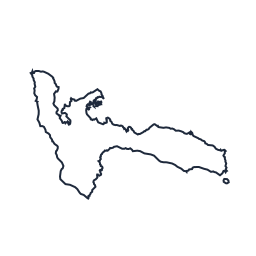 Dompu, Nusa Tenggara Barat, Indonesia (Natural Earth projection), rotated 158°
{"feature_id": "22746128B31420255543838", "entity_name": "Dompu", "entity_type": "district", "adm_level": 2, "iso_a3": "IDN", "parent_name": "Indonesia", "parent_adm1": "Nusa Tenggara Barat", "projection": "natural_earth1", "projection_center": [118.191, -8.494], "detail": "fine", "context": "isolated", "style": "outline", "palette": "slate", "viewbox_px": 256, "rotation_deg": 158, "n_neighbors": 0, "source": "geoboundaries", "source_scale": "gbopen_adm2", "svg_char_len": 5955}
<svg xmlns="http://www.w3.org/2000/svg" viewBox="0 0 256 256"><g transform="rotate(158 128 128)"><path d="M191.3,77.5L190.7,78.0L190.7,78.9L190.1,79.8L189.1,79.5L188.7,80.3L187.8,80.7L187.0,81.7L185.1,82.3L184.4,83.9L180.2,85.7L180.0,87.5L180.5,88.7L180.2,89.9L180.4,90.7L179.8,91.7L178.7,92.4L177.4,92.4L175.4,93.3L174.8,93.8L174.5,95.4L174.0,96.4L173.4,96.2L173.4,95.7L172.4,94.5L170.5,94.8L170.1,95.5L170.3,97.1L169.9,98.3L170.2,99.0L169.7,99.5L168.8,99.4L167.7,98.1L168.0,99.5L166.6,100.4L166.4,101.2L166.5,102.0L167.5,102.9L167.1,103.9L167.6,104.7L167.2,105.5L167.1,106.9L167.7,108.3L166.3,108.3L165.2,109.6L164.8,109.6L164.8,111.3L163.9,111.6L163.8,112.3L162.9,113.4L161.9,113.6L161.6,114.1L159.8,115.0L158.8,115.1L158.0,115.8L156.9,115.1L156.1,115.3L155.4,114.6L152.7,115.6L152.1,116.2L150.8,115.5L148.9,115.4L148.1,115.8L145.0,115.2L141.2,111.0L139.1,110.1L137.7,110.2L136.8,109.0L135.3,108.3L133.5,108.3L132.4,106.2L132.2,104.7L127.9,103.5L125.4,102.0L122.3,98.3L116.8,95.0L114.2,92.6L111.4,86.1L110.3,84.5L108.0,83.0L105.0,81.7L100.4,78.6L98.1,76.0L96.7,73.5L93.8,70.3L92.3,67.3L90.5,66.3L90.1,65.3L89.5,66.2L87.9,65.9L86.8,66.7L84.0,65.9L82.9,67.0L81.3,67.0L76.9,65.3L72.8,61.7L69.9,59.6L67.5,56.3L65.1,55.7L64.6,54.9L63.1,53.9L60.4,49.7L57.5,50.6L55.5,52.4L54.4,51.8L54.1,50.4L53.3,51.1L52.4,51.2L53.0,53.0L51.5,54.3L51.9,56.2L50.2,58.4L50.3,60.3L49.8,61.2L49.8,63.0L49.1,64.7L49.8,65.7L49.8,66.8L47.7,68.3L47.1,69.9L46.1,70.1L46.7,71.6L47.7,71.9L50.0,71.9L50.5,72.4L50.3,72.7L50.1,72.1L50.3,73.1L51.2,73.0L52.7,74.0L54.3,75.9L54.8,78.2L56.0,80.1L60.2,82.3L61.0,83.9L62.1,84.8L61.9,86.1L62.2,87.2L63.9,88.6L64.8,90.2L66.4,91.5L66.6,92.1L70.3,96.1L70.6,97.6L70.3,99.4L70.6,100.1L70.9,98.8L72.1,98.6L72.8,99.3L72.4,100.9L75.1,100.5L76.0,100.7L77.8,102.1L78.2,103.3L79.9,105.0L81.8,106.5L84.8,107.7L85.8,109.6L87.1,110.9L88.8,111.4L89.6,112.6L92.5,114.3L95.1,114.9L99.5,117.5L99.5,118.9L100.3,119.1L101.8,121.5L102.9,121.7L107.9,120.2L109.2,119.3L110.6,119.1L111.5,119.5L113.2,118.6L114.0,119.0L115.1,118.5L119.2,118.0L120.4,118.5L121.3,118.3L123.8,121.5L124.0,123.5L124.9,124.9L125.1,125.7L124.8,125.9L125.1,126.2L125.1,127.2L125.8,128.3L126.7,128.7L127.4,128.4L128.1,128.0L128.6,126.6L128.6,125.8L129.2,125.4L129.4,126.0L129.8,126.0L130.7,125.4L130.8,126.5L130.3,127.0L131.4,128.7L131.9,128.6L131.9,129.1L131.5,129.4L132.3,130.5L132.2,131.3L133.0,132.5L133.8,133.0L134.7,132.9L137.3,135.0L138.6,135.4L140.2,136.6L141.0,138.0L141.0,139.9L141.8,141.4L141.4,142.1L141.6,143.5L142.8,145.2L144.5,145.2L144.8,144.4L144.6,143.3L145.3,142.6L145.3,141.5L145.8,141.0L147.1,141.1L148.0,141.8L148.4,141.1L149.7,140.8L153.5,144.4L153.8,148.8L156.2,148.4L157.0,149.0L157.9,148.7L158.6,149.6L159.0,149.6L159.3,150.4L159.0,151.0L160.9,156.0L160.9,157.4L160.1,160.2L159.3,161.4L158.5,161.6L157.7,159.9L157.2,159.9L157.1,160.9L156.4,161.1L157.4,161.6L157.4,162.3L158.3,163.5L157.6,164.5L156.5,165.0L155.1,163.1L154.4,163.9L154.7,165.3L153.3,166.6L152.7,165.8L153.2,165.0L152.7,163.4L151.8,162.9L151.8,163.5L151.0,163.9L151.2,164.3L150.7,164.8L149.6,164.3L149.5,164.0L149.3,164.1L149.1,164.8L149.8,165.2L149.5,166.3L148.1,166.6L148.0,165.7L147.9,166.2L147.5,166.3L147.4,166.0L146.4,167.6L145.6,167.3L144.7,168.0L144.0,167.5L142.9,167.8L142.2,167.2L140.6,166.7L139.4,164.0L139.7,166.0L139.5,167.2L140.0,169.0L139.6,170.1L139.7,172.2L140.9,173.5L141.8,175.4L147.2,174.3L148.4,174.4L149.1,175.0L150.4,174.4L151.7,174.7L157.9,172.4L161.2,173.1L165.9,172.6L167.1,173.3L167.0,174.4L169.2,176.0L169.6,176.9L170.2,176.4L170.3,174.3L172.1,173.8L173.6,170.6L174.5,170.3L175.7,170.7L176.9,171.5L177.4,172.7L177.6,172.4L178.1,172.9L179.6,170.3L181.3,170.2L181.6,169.2L182.6,169.2L183.6,167.9L183.8,167.0L183.5,166.1L180.8,165.6L179.7,163.8L179.7,163.2L180.8,161.9L178.6,156.7L179.0,155.4L180.0,153.7L180.6,153.3L181.6,153.4L181.7,154.9L181.9,155.4L181.9,156.1L182.2,156.4L183.1,156.4L184.2,155.9L184.2,157.0L184.6,157.3L185.8,156.9L186.6,157.1L186.8,157.5L186.7,159.6L187.6,162.8L185.9,164.7L186.8,165.0L187.0,165.6L187.5,165.6L187.6,166.4L188.8,168.2L188.4,169.5L186.4,170.8L186.0,172.4L187.9,176.7L188.0,178.6L186.2,180.4L185.4,182.1L184.6,183.7L183.8,187.3L181.1,189.0L180.3,188.3L179.8,188.3L177.8,190.3L177.0,191.9L178.2,192.7L178.6,193.7L178.5,195.7L179.1,197.3L178.6,198.7L178.6,201.1L178.9,201.9L178.5,202.6L179.1,204.1L181.6,208.2L184.8,211.6L185.9,212.4L187.6,212.8L189.4,214.3L192.2,215.4L193.5,215.3L194.5,214.2L195.4,214.4L195.6,214.7L195.4,216.4L196.2,215.5L197.6,215.4L197.0,212.8L197.4,211.4L197.0,209.2L197.5,207.9L197.3,205.3L198.0,204.1L198.5,201.0L200.2,199.8L200.5,197.8L201.9,195.3L201.8,193.1L200.7,190.8L202.0,188.7L203.4,187.7L202.1,186.3L202.6,186.0L203.3,182.9L204.3,177.4L205.7,174.2L208.7,169.9L208.2,166.3L208.6,162.6L206.5,161.7L205.5,160.5L205.2,157.3L205.7,155.1L203.7,152.6L203.0,150.6L203.6,148.6L202.8,145.8L203.2,144.1L202.7,143.9L202.1,140.8L200.3,138.0L200.1,136.9L200.9,135.3L202.5,133.7L203.3,133.5L204.4,131.7L204.2,129.4L204.6,127.8L204.5,126.2L202.2,120.8L202.1,117.0L203.7,115.0L204.8,114.8L206.5,113.3L209.2,108.5L209.9,105.9L207.0,99.4L203.1,97.1L199.2,93.0L197.9,90.4L197.1,86.3L196.5,84.6L194.1,82.5L191.8,78.1L191.3,77.5ZM57.0,39.6L55.0,39.9L54.6,41.7L55.3,43.5L57.8,44.7L59.0,43.7L59.4,42.2L57.9,40.1L57.0,39.6ZM145.5,161.3L145.1,160.5L144.2,160.2L144.3,160.7L143.8,161.2L144.5,161.8L143.6,161.6L143.6,162.0L143.0,162.1L143.0,162.6L144.7,162.8L145.8,163.8L146.4,163.3L145.9,162.3L146.6,160.3L145.5,160.2L145.7,160.8L145.5,161.3ZM147.8,162.2L147.7,161.7L147.6,162.2L147.0,162.2L147.1,162.5L146.6,162.8L148.8,163.6L148.8,164.0L148.2,164.1L148.6,164.8L149.3,164.0L149.0,162.6L147.8,162.2ZM181.3,156.3L181.7,155.5L181.5,154.5L180.9,155.5L181.3,156.3ZM149.2,160.2L148.1,159.7L148.0,160.0L148.7,160.8L148.5,161.8L148.0,161.7L148.6,162.2L148.9,160.4L149.2,160.2ZM148.9,162.3L149.4,161.9L149.2,161.6L148.9,162.3ZM152.0,161.7L151.9,161.3L151.6,160.8L151.6,161.1L152.0,161.7Z" fill="none" stroke="#1e293b" stroke-width="2"/></g></svg>